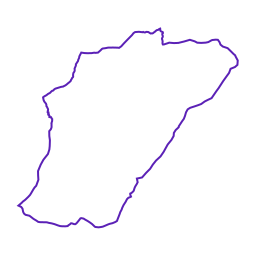 outline of Gangte, Wangdi Phodrang, Bhutan, rotated 179°
{"feature_id": "84629894B80230099066149", "entity_name": "Gangte", "entity_type": "district", "adm_level": 2, "iso_a3": "BTN", "parent_name": "Bhutan", "parent_adm1": "Wangdi Phodrang", "projection": "robinson", "projection_center": [90.148, 27.468], "detail": "fine", "context": "isolated", "style": "outline", "palette": "violet", "viewbox_px": 256, "rotation_deg": 179, "n_neighbors": 0, "source": "geoboundaries", "source_scale": "gbopen_adm2", "svg_char_len": 4781}
<svg xmlns="http://www.w3.org/2000/svg" viewBox="0 0 256 256"><g transform="rotate(179 128 128)"><path d="M173.4,204.2L175.4,200.5L175.6,199.2L175.8,198.6L176.1,198.0L176.4,197.5L176.6,196.9L176.7,196.3L176.9,195.7L177.2,195.2L177.6,194.8L177.9,194.2L178.3,193.7L178.6,193.2L179.0,192.7L179.0,192.1L179.0,191.5L179.2,190.9L179.5,190.3L179.9,189.3L180.2,188.8L180.4,188.2L180.3,187.7L180.3,187.2L180.3,186.5L180.4,185.9L180.7,185.3L181.0,184.8L181.4,184.3L181.7,183.8L181.8,183.2L181.9,182.6L182.0,182.0L182.0,181.3L181.9,180.7L182.0,180.1L182.3,179.6L182.8,179.2L183.1,178.8L183.3,178.2L183.7,177.7L184.0,177.2L184.3,176.6L184.5,176.0L184.9,175.6L185.4,175.2L186.2,174.5L186.7,174.1L187.2,173.8L187.6,173.4L188.1,173.0L188.6,172.6L189.1,172.2L189.6,171.9L190.1,171.6L190.6,171.3L191.2,171.1L191.7,170.8L192.3,170.5L192.9,170.5L193.4,170.4L194.0,170.3L194.6,170.2L195.2,170.0L195.8,169.8L196.3,169.7L196.9,169.5L197.5,169.3L198.1,169.2L198.6,169.0L199.2,168.8L199.8,168.7L200.3,168.4L200.8,168.1L201.3,167.7L201.7,167.2L202.1,166.8L202.7,166.6L203.2,166.5L203.7,166.1L204.2,165.7L204.6,165.3L205.0,164.8L205.5,164.4L206.0,164.1L206.6,163.9L207.1,163.6L207.6,163.3L208.1,162.9L208.6,162.5L209.0,162.2L209.6,161.9L210.1,161.6L210.6,161.4L211.7,160.7L212.2,160.4L212.4,159.8L212.2,159.2L212.1,158.6L212.0,158.0L211.9,157.4L211.6,156.8L211.4,156.2L211.1,155.7L210.7,155.2L210.3,154.7L210.0,154.3L209.6,153.8L209.4,153.2L209.2,152.6L209.2,152.0L209.2,151.3L208.9,150.8L208.5,150.3L208.3,149.8L208.1,149.2L207.8,148.7L207.6,148.1L207.6,147.5L207.7,146.9L208.0,146.3L207.8,145.7L208.1,145.2L207.8,144.7L207.2,144.8L207.1,144.2L207.2,143.6L207.6,143.2L207.4,142.6L206.8,142.6L206.7,142.0L206.3,141.6L206.4,141.0L206.5,140.4L206.0,140.2L205.4,140.2L204.8,140.2L204.4,139.6L204.3,139.0L204.0,138.6L203.6,138.2L203.7,137.6L203.7,137.0L203.7,136.4L203.9,135.8L204.1,135.2L204.3,134.6L204.5,134.0L204.3,133.5L204.4,132.9L204.4,132.3L204.4,131.6L204.4,131.0L204.4,130.4L204.5,129.8L204.7,129.2L205.0,128.6L205.2,128.0L205.6,127.6L206.0,127.1L206.4,126.7L206.8,126.2L206.8,121.3L206.3,117.2L206.4,115.0L206.6,111.2L207.0,107.9L208.5,103.4L213.1,97.8L215.9,92.9L218.7,86.5L218.7,82.3L218.5,77.8L219.5,75.2L220.8,71.8L222.4,70.2L223.7,68.3L226.0,64.5L227.1,62.8L228.9,60.9L231.9,58.1L233.1,57.2L234.5,56.2L235.3,55.3L238.9,52.3L236.1,50.9L234.9,49.2L234.3,46.0L233.5,44.3L232.0,43.0L228.1,42.0L226.3,40.6L224.1,38.8L221.2,37.0L219.4,35.7L217.7,35.4L216.0,35.3L212.0,35.2L210.7,35.1L208.7,34.5L206.1,34.0L203.3,33.2L199.4,31.7L197.5,31.1L195.5,30.9L192.5,30.8L190.0,31.0L189.3,31.8L188.2,32.4L187.4,33.0L186.9,33.6L185.9,33.7L183.5,32.8L182.2,32.8L180.8,34.0L178.7,36.5L177.1,38.5L176.2,38.7L174.0,38.2L172.2,37.0L170.1,35.8L168.0,34.4L165.6,32.6L162.9,29.9L162.3,29.6L160.7,29.4L159.1,29.2L156.6,29.5L154.9,29.8L152.6,30.7L149.7,31.9L148.0,32.5L145.2,33.1L142.4,34.2L141.2,34.9L140.5,35.4L140.3,36.2L139.5,38.1L138.4,40.8L137.9,42.0L137.2,44.0L135.8,46.5L135.2,48.2L134.4,49.8L133.8,51.0L131.6,54.3L130.3,56.8L128.9,58.2L128.1,58.5L127.0,58.9L126.2,59.3L126.9,61.2L126.9,62.4L125.6,63.0L124.7,63.8L123.7,64.7L123.3,65.4L122.6,67.6L122.1,68.8L121.3,70.2L120.3,71.7L119.3,73.6L120.0,77.3L118.4,77.6L114.8,78.3L110.8,82.7L106.6,86.8L103.8,91.0L100.5,95.0L96.0,99.0L92.8,103.5L88.6,110.8L84.8,115.3L82.5,119.2L82.2,122.3L80.3,125.2L78.7,126.6L77.3,127.9L77.2,128.8L73.8,133.8L72.0,136.2L70.8,139.1L69.7,142.7L68.0,145.6L65.5,147.1L60.6,148.6L57.5,149.6L54.4,150.7L50.8,153.2L47.7,154.7L43.9,156.4L39.0,163.3L36.7,166.3L32.0,173.3L28.2,178.4L26.0,181.3L24.4,185.4L20.0,187.1L17.5,189.2L17.1,193.6L19.2,197.7L19.6,198.8L21.1,200.1L23.8,202.9L27.0,206.1L31.8,207.8L34.1,209.8L34.9,212.1L36.6,214.6L38.7,214.8L42.2,214.5L43.2,214.1L46.2,212.5L48.8,212.0L53.4,211.8L57.3,212.1L59.8,213.5L64.6,215.1L70.4,213.5L76.2,212.2L80.6,212.1L85.3,212.6L87.4,211.9L90.7,210.9L91.7,210.9L92.0,211.7L92.0,212.8L91.9,213.5L91.9,214.1L92.0,214.7L92.1,215.3L92.3,215.9L92.5,216.5L92.4,217.1L92.1,217.7L91.8,218.2L91.6,218.8L91.6,219.4L91.8,220.0L92.1,220.6L92.1,221.2L92.0,221.8L91.5,222.1L91.4,222.7L91.6,223.3L92.1,223.5L92.7,223.8L93.2,224.0L93.7,224.4L94.0,224.9L94.1,225.5L94.0,226.2L94.1,226.8L94.7,226.6L95.2,226.3L95.7,226.0L96.1,225.6L96.7,225.5L97.3,225.4L97.8,225.2L98.2,224.8L98.8,224.4L99.2,224.0L99.6,223.6L100.2,223.3L100.7,222.9L101.3,222.4L102.2,222.1L102.9,222.2L103.8,222.1L106.0,223.6L106.9,223.7L107.8,223.8L108.5,223.6L109.1,223.3L110.1,223.3L110.6,223.5L111.2,223.8L111.8,223.5L115.4,224.0L119.2,223.8L120.8,222.8L122.4,220.8L126.9,216.4L130.7,212.6L133.3,209.8L135.5,208.3L137.0,208.5L141.6,208.7L146.6,208.7L149.3,208.2L151.9,207.9L152.7,207.5L154.0,206.2L156.7,203.9L159.4,203.7L160.5,203.9L163.1,203.5L167.4,203.5L170.3,203.7L173.4,204.2Z" fill="none" stroke="#5b21b6" stroke-width="2"/></g></svg>